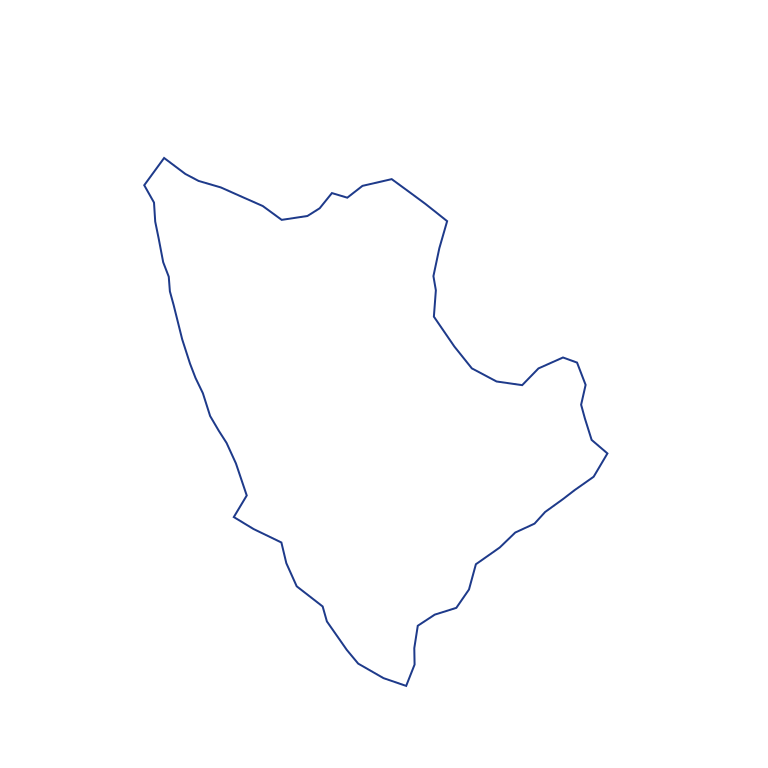 Karmi, Cyprus, rotated 69°
{"feature_id": "46923920B51848202529544", "entity_name": "Karmi", "entity_type": "district", "adm_level": 2, "iso_a3": "CYP", "parent_name": "Cyprus", "parent_adm1": "", "projection": "albers", "projection_center": [33.262, 35.32], "detail": "fine", "context": "isolated", "style": "outline", "palette": "blue", "viewbox_px": 768, "rotation_deg": 69, "n_neighbors": 0, "source": "geoboundaries", "source_scale": "gbopen_adm2", "svg_char_len": 1064}
<svg xmlns="http://www.w3.org/2000/svg" viewBox="0 0 768 768"><g transform="rotate(69 384 384)"><path d="M187.1,364.2L196.9,381.1L199.7,395.3L194.1,420.7L174.4,433.4L158.9,449.0L142.0,465.9L128.0,484.3L116.7,494.2L94.2,508.3L112.5,536.6L132.2,533.7L150.4,539.4L167.3,542.2L191.2,546.5L206.7,546.5L220.8,550.7L234.9,552.1L270.0,556.4L295.4,557.8L310.8,557.8L327.7,556.4L351.6,557.8L368.5,555.0L382.6,552.1L405.1,550.7L438.9,552.1L454.4,571.9L472.6,557.8L495.2,536.6L516.3,539.4L541.6,538.0L569.7,521.0L585.2,522.4L619.0,514.0L635.8,508.3L658.4,489.9L673.8,471.5L656.9,456.0L641.5,450.4L621.8,439.1L617.5,419.3L618.9,396.7L606.3,378.3L585.2,362.8L578.1,334.5L569.7,314.7L568.3,293.5L561.2,279.4L555.6,258.2L551.4,244.1L545.7,221.5L528.9,200.3L510.6,210.2L488.1,208.8L474.0,207.4L457.1,196.1L433.2,196.1L423.4,207.4L424.8,234.2L434.6,255.4L422.0,278.0L400.9,296.4L374.2,304.9L339.0,313.3L315.1,302.0L301.0,299.2L277.1,283.7L254.6,266.7L230.7,280.8L215.2,290.7L195.5,303.4L191.3,333.1L196.9,351.5L187.1,364.2Z" fill="none" stroke="#1e3a8a" stroke-width="2"/></g></svg>